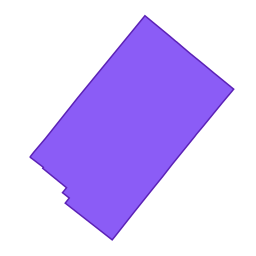 Moffat, Colorado, United States of America, rotated 129°
{"feature_id": "52423323B20517885523986", "entity_name": "Moffat", "entity_type": "district", "adm_level": 2, "iso_a3": "USA", "parent_name": "United States of America", "parent_adm1": "Colorado", "projection": "albers", "projection_center": [-108.223, 40.612], "detail": "fine", "context": "isolated", "style": "filled", "palette": "violet", "viewbox_px": 256, "rotation_deg": 129, "n_neighbors": 0, "source": "geoboundaries", "source_scale": "gbopen_adm2", "svg_char_len": 551}
<svg xmlns="http://www.w3.org/2000/svg" viewBox="0 0 256 256"><g transform="rotate(129 128 128)"><path d="M212.3,185.5L211.8,169.0L213.0,168.9L213.1,138.2L219.5,138.2L219.4,129.6L225.9,129.5L224.9,69.9L219.3,69.9L190.5,70.3L157.8,70.5L143.4,70.5L128.4,70.8L120.6,70.8L92.7,70.8L89.8,70.9L78.1,70.7L49.8,70.6L31.3,70.3L31.2,96.2L31.0,112.7L31.0,120.4L31.0,121.7L31.0,126.8L30.7,138.5L30.5,144.5L30.6,145.2L30.4,152.7L30.1,185.5L136.1,186.1L188.0,185.6L206.0,186.0L211.8,185.9L212.3,185.5Z" fill="#8b5cf6" stroke="#5b21b6" stroke-width="1.5"/></g></svg>